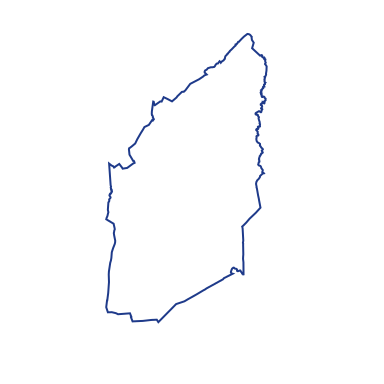 outline of Annas pag., Aluksne, Latvia, rotated 145°
{"feature_id": "27541924B70085660000419", "entity_name": "Annas pag.", "entity_type": "district", "adm_level": 2, "iso_a3": "LVA", "parent_name": "Latvia", "parent_adm1": "Aluksne", "projection": "orthographic", "projection_center": [26.969, 57.339], "detail": "fine", "context": "isolated", "style": "outline", "palette": "blue", "viewbox_px": 384, "rotation_deg": 145, "n_neighbors": 0, "source": "geoboundaries", "source_scale": "gbopen_adm2", "svg_char_len": 5847}
<svg xmlns="http://www.w3.org/2000/svg" viewBox="0 0 384 384"><g transform="rotate(145 192 192)"><path d="M311.7,165.8L318.6,157.3L323.6,151.8L323.8,151.9L328.1,147.1L328.4,146.7L329.9,141.7L326.6,139.5L324.2,136.8L323.6,136.0L322.7,134.3L312.4,128.2L313.3,124.5L313.8,124.5L314.9,120.1L306.2,114.6L298.5,110.4L294.1,107.6L294.2,104.7L269.3,109.3L260.9,106.8L256.9,106.5L247.0,105.5L238.8,104.9L237.7,104.7L235.4,104.7L216.7,102.7L215.3,103.1L205.5,101.7L206.1,102.5L206.3,103.0L206.3,103.5L206.2,104.0L205.8,104.4L204.0,105.7L203.1,106.2L201.5,106.3L201.1,106.0L200.9,105.0L200.7,104.5L200.1,104.0L199.7,103.5L199.6,103.2L199.7,102.3L200.3,101.7L200.3,101.4L200.2,101.1L199.4,100.6L197.6,100.2L197.4,99.8L197.5,99.5L197.6,98.3L197.4,97.2L197.7,96.6L197.7,96.3L197.4,95.5L197.3,95.1L197.5,94.3L190.2,104.9L188.5,108.0L187.2,109.7L185.8,111.4L180.5,119.3L179.6,120.5L179.5,121.1L178.2,122.4L177.8,122.9L171.5,133.0L170.8,134.5L170.7,134.9L169.1,135.1L165.2,135.8L160.2,137.1L151.5,138.4L144.9,139.9L141.7,147.0L141.1,148.2L139.8,151.3L136.7,157.9L136.6,158.6L136.2,159.0L134.9,161.9L133.5,163.3L131.7,164.2L130.1,164.4L128.4,165.0L127.9,165.2L127.0,166.1L123.9,166.5L123.3,166.5L122.4,166.1L122.4,166.4L122.8,167.1L123.2,167.5L123.1,168.0L122.2,168.6L121.5,169.3L121.4,169.6L121.5,170.9L121.5,171.8L121.1,172.8L121.0,173.8L121.1,174.2L122.0,175.4L122.1,176.1L122.0,176.6L120.9,177.4L120.4,178.0L119.8,178.0L119.4,178.1L119.2,178.8L118.7,179.3L118.7,180.0L118.0,180.5L117.9,181.0L116.4,182.1L116.0,182.2L115.8,182.6L114.8,182.7L114.4,183.1L114.1,183.3L113.7,183.3L113.4,183.7L112.9,183.8L112.5,183.6L111.5,183.7L111.3,183.9L111.3,185.4L111.1,185.9L109.6,186.2L109.4,186.4L109.4,187.1L109.8,188.7L109.7,189.4L109.6,190.1L109.8,190.6L109.7,191.2L109.0,191.9L108.7,192.4L109.1,193.7L109.8,194.9L109.8,196.6L109.5,197.3L108.9,198.6L108.0,199.3L107.3,200.6L106.9,200.8L106.5,200.8L105.4,200.3L105.2,200.3L104.7,200.9L104.6,201.4L104.7,201.9L104.6,202.6L104.2,202.9L103.6,203.7L103.7,205.1L103.9,205.8L103.7,206.2L103.1,206.5L102.6,206.5L102.0,205.8L101.7,205.7L101.3,205.9L101.1,206.1L101.0,206.4L100.9,207.0L100.6,207.6L100.1,207.6L99.5,206.9L99.0,206.7L98.7,206.7L98.6,206.8L98.6,207.0L98.1,207.7L97.3,208.6L97.4,209.3L96.5,210.3L95.7,213.0L95.1,214.4L94.3,214.8L94.2,215.1L94.3,216.0L94.3,216.4L94.0,217.0L93.9,217.3L94.6,218.0L94.5,218.5L95.1,218.7L95.3,219.1L95.0,219.8L94.5,220.1L94.0,220.1L90.8,219.8L90.4,219.4L90.2,218.8L90.1,218.2L89.8,217.8L89.4,217.8L88.0,219.0L86.9,219.5L86.9,219.8L87.4,220.2L87.5,220.8L87.1,221.1L85.7,221.5L85.2,222.5L85.2,222.9L85.4,223.2L85.3,223.5L85.7,223.8L85.7,224.0L85.3,224.5L84.9,224.6L84.5,224.5L84.1,224.7L83.5,224.3L82.7,225.1L82.5,224.3L82.2,223.9L82.1,223.3L82.0,223.1L81.9,223.1L81.7,223.4L81.3,223.6L81.1,224.3L81.3,224.7L81.2,224.7L80.5,224.9L79.9,224.7L79.1,225.0L79.1,225.3L78.2,226.1L78.2,226.4L78.5,227.3L78.2,228.2L78.3,228.7L78.7,229.2L79.7,229.3L80.1,229.6L80.1,230.2L79.9,230.7L79.5,231.1L79.2,231.3L79.3,231.7L79.5,232.1L79.3,232.7L79.1,233.0L78.4,233.1L78.7,233.7L78.8,234.0L78.0,234.6L77.3,234.7L76.9,235.0L76.7,235.2L76.9,235.8L76.0,235.9L75.8,235.8L74.9,236.4L74.4,236.5L74.1,236.2L73.9,236.3L74.0,236.7L73.4,237.4L72.9,237.4L72.2,237.0L72.0,237.7L71.5,238.6L71.2,238.6L70.4,238.5L70.1,238.9L69.9,239.4L69.1,239.5L69.3,240.5L69.2,241.0L68.7,241.7L68.2,242.0L68.1,242.7L67.7,242.9L67.5,243.2L66.6,243.7L66.6,244.1L66.6,244.7L65.3,244.8L64.0,245.6L63.6,246.4L61.4,248.7L58.8,252.1L58.7,253.6L58.8,254.9L58.5,255.2L58.0,255.3L57.4,255.7L57.3,256.5L56.8,257.6L55.9,258.3L55.8,258.7L56.0,259.0L56.6,259.4L56.4,260.3L55.7,260.4L55.7,260.8L56.4,261.0L56.7,261.5L56.8,262.0L57.0,262.3L56.9,262.9L56.4,263.1L56.2,263.7L56.7,264.4L58.0,264.6L60.3,275.3L55.8,278.9L55.7,282.2L54.4,284.7L54.1,284.8L54.2,286.9L54.3,287.5L54.9,288.7L56.0,289.7L60.3,289.5L64.6,288.8L65.1,288.6L66.1,288.5L67.2,288.1L68.1,288.5L69.4,287.8L70.2,287.8L70.6,287.5L71.7,287.9L72.0,287.6L71.7,287.3L72.2,287.0L74.2,286.8L77.7,286.1L80.1,285.8L80.6,285.6L80.7,285.4L82.4,285.2L82.8,284.9L83.3,284.7L83.9,284.8L84.5,284.7L84.8,284.4L86.4,284.2L87.3,283.7L88.3,282.7L88.6,282.6L88.7,282.3L89.1,282.1L90.3,281.9L90.6,281.7L92.8,281.8L94.2,281.4L94.1,282.1L94.4,283.3L97.1,282.4L98.1,283.0L99.6,282.7L100.9,282.0L102.0,281.7L103.6,282.4L105.1,283.4L108.0,284.3L109.7,283.8L111.6,284.0L112.5,283.5L113.1,282.6L112.6,279.8L114.0,280.2L115.2,280.4L116.7,280.2L121.6,280.3L131.4,281.6L139.4,279.0L140.7,279.0L141.1,278.8L141.7,279.1L142.6,279.7L142.9,279.8L149.2,278.8L150.4,278.3L156.4,277.7L158.7,282.2L160.8,285.9L165.0,283.5L166.0,284.4L172.7,284.4L172.8,285.0L171.6,287.9L171.9,288.3L178.6,281.1L180.2,279.0L180.7,277.9L180.5,277.6L180.8,276.2L181.2,275.8L181.5,273.5L183.1,273.0L183.3,273.8L188.9,271.7L193.7,272.5L196.4,271.2L200.2,269.6L206.6,266.6L210.7,264.3L215.2,263.9L217.9,263.8L218.4,263.9L219.1,263.3L221.7,258.6L221.8,258.4L222.2,253.1L222.4,251.3L221.8,250.9L221.9,250.0L222.3,248.8L224.0,249.1L231.3,248.9L235.4,250.9L235.3,252.1L235.5,256.7L240.0,256.8L241.5,256.6L241.9,256.8L241.7,257.8L241.7,258.1L242.7,259.8L243.6,262.8L254.6,244.5L254.9,243.9L255.2,242.9L256.1,242.2L256.2,241.9L256.2,241.4L256.8,240.8L256.8,240.6L256.5,240.1L256.5,239.9L256.7,239.6L257.2,239.5L257.3,239.4L257.0,238.9L257.3,238.4L257.4,238.1L257.7,238.0L258.2,238.0L258.4,237.9L258.6,237.6L259.1,237.3L259.7,237.6L260.0,237.6L260.4,237.4L260.5,237.0L261.4,236.8L261.6,236.5L261.7,235.9L261.7,234.6L261.8,234.3L262.5,233.8L264.0,233.5L264.4,233.1L264.5,232.7L264.8,232.2L265.8,231.6L266.4,231.5L271.2,225.6L272.1,223.4L273.1,222.6L275.1,220.8L276.9,219.7L277.9,218.8L274.4,211.0L276.3,206.4L276.8,205.6L277.8,205.0L278.7,204.0L279.6,203.2L280.7,201.0L282.8,196.2L283.8,194.9L285.0,193.8L288.9,191.2L292.2,188.7L295.9,184.2L297.7,182.4L299.6,180.9L305.6,174.6L307.5,172.2L311.7,165.8Z" fill="none" stroke="#1e3a8a" stroke-width="2"/></g></svg>